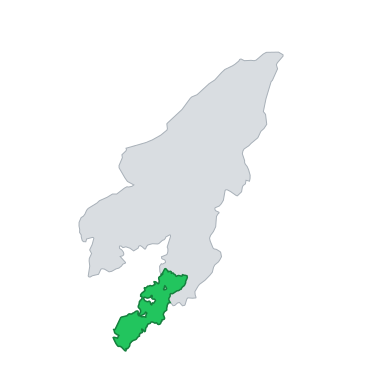 Batken highlighted on a map of Kyrgyzstan, rotated 315°
{"feature_id": "KGZ-1119", "entity_name": "Batken", "entity_type": "Region", "adm_level": 1, "iso_a3": "KGZ", "parent_name": "Kyrgyzstan", "parent_adm1": "", "projection": "equal_earth", "projection_center": [71.05, 39.853], "detail": "fine", "context": "in_parent", "style": "filled", "palette": "green", "viewbox_px": 384, "rotation_deg": 315, "n_neighbors": 0, "source": "natural_earth", "source_scale": "10m", "svg_char_len": 8670}
<svg xmlns="http://www.w3.org/2000/svg" viewBox="0 0 384 384"><g transform="rotate(315 192 192)"><path d="M82.0,229.4L83.0,228.8L86.0,228.1L92.2,227.5L94.4,228.0L98.6,230.5L101.9,230.2L102.5,230.6L103.7,232.7L108.2,229.6L111.5,228.6L113.1,225.4L116.6,221.6L119.6,221.0L119.7,221.6L120.3,222.2L123.3,223.1L124.3,222.1L124.7,220.7L123.7,218.5L123.6,217.6L124.6,216.2L129.5,218.3L130.6,218.3L132.8,217.1L134.8,215.1L135.5,213.4L145.5,208.2L146.2,207.2L146.0,206.6L141.8,205.3L140.0,206.0L138.2,206.0L137.1,205.3L132.1,205.0L130.9,204.4L127.5,200.6L123.4,198.3L121.3,198.4L118.9,199.4L118.2,198.9L118.0,195.4L117.5,193.2L116.0,192.7L114.2,193.6L109.1,192.4L108.4,187.9L106.5,184.0L103.8,182.5L103.7,180.1L102.7,179.1L101.9,179.4L100.9,180.6L101.4,183.2L101.0,185.8L100.4,187.1L99.3,188.1L97.9,188.1L95.6,186.8L95.2,194.7L94.8,195.2L92.0,194.1L89.8,194.5L86.5,194.1L84.0,192.7L79.1,191.3L76.9,189.8L75.5,184.5L74.1,182.6L72.9,182.2L67.7,184.1L62.4,180.8L59.8,180.1L59.1,179.2L59.2,178.0L67.3,172.1L70.5,168.0L72.5,166.3L77.5,164.5L78.6,160.8L79.1,160.4L84.2,158.6L89.9,155.3L90.0,154.4L89.5,153.7L84.3,150.7L81.7,152.1L80.1,150.3L80.1,148.6L81.9,145.5L83.3,144.0L83.9,141.1L86.0,139.2L88.1,136.1L90.7,133.6L95.5,131.7L98.2,132.3L100.7,131.9L104.6,130.4L107.0,130.2L117.0,132.6L120.4,132.7L128.2,135.7L134.3,137.2L137.3,140.2L147.1,141.5L149.7,142.3L150.7,143.7L153.5,145.5L155.9,145.9L153.8,138.9L154.5,134.8L157.5,123.4L159.1,121.7L167.0,118.5L168.8,116.1L174.5,116.2L175.6,115.7L176.3,114.4L194.1,124.3L200.8,127.1L210.1,129.7L218.0,130.5L219.3,129.9L222.4,126.0L223.8,125.9L243.3,126.6L257.1,124.5L259.1,124.6L264.4,126.8L280.8,127.5L287.3,128.9L297.6,128.4L301.9,128.6L309.8,131.4L312.5,132.0L317.6,132.5L319.5,132.0L320.7,132.6L321.9,136.2L326.9,140.7L328.8,143.1L330.6,144.1L339.8,144.8L343.3,145.8L352.1,154.3L353.4,159.3L352.5,160.3L343.6,161.0L341.6,161.7L339.6,165.4L327.8,169.9L326.0,169.9L310.2,178.4L299.3,185.6L298.9,189.1L292.7,197.0L287.8,198.0L283.6,197.8L276.9,200.2L268.1,199.4L265.1,199.5L259.3,198.4L257.0,199.0L254.6,200.6L251.4,207.0L250.0,208.4L249.4,209.9L249.0,213.0L247.8,216.2L245.0,221.2L242.6,223.5L240.3,225.0L238.5,221.9L235.5,224.0L232.7,223.6L231.0,224.2L227.2,226.9L221.4,226.8L220.8,225.9L219.5,218.6L218.4,215.2L217.6,214.4L216.5,214.3L208.4,220.0L204.6,221.0L201.4,221.2L197.3,219.5L196.4,219.9L195.7,220.9L195.5,222.0L196.7,225.3L196.4,225.9L194.5,225.9L192.0,226.6L184.2,233.3L179.2,235.1L174.5,235.8L171.8,237.0L170.2,239.5L167.3,246.4L167.4,247.9L168.7,249.8L169.7,254.0L169.5,255.1L167.1,258.6L163.9,259.6L161.4,260.1L156.6,259.7L154.1,260.4L149.6,263.1L145.9,263.5L138.9,263.6L132.0,262.6L129.7,262.9L123.6,264.5L121.5,267.0L120.4,269.3L119.8,269.6L117.3,267.5L114.2,263.9L112.7,264.0L107.2,266.9L106.4,266.8L104.8,265.7L105.0,261.2L103.2,260.2L99.5,260.0L98.2,259.0L98.6,256.0L98.2,254.9L97.2,254.1L95.2,254.3L91.3,256.8L86.7,257.6L85.2,258.4L83.4,261.6L77.3,262.3L75.3,261.5L71.6,255.6L68.4,254.7L65.2,255.0L60.8,256.5L59.8,255.2L58.6,254.9L57.6,255.9L52.2,256.1L46.8,255.9L43.7,255.2L41.6,255.3L37.6,256.9L32.7,257.2L32.2,251.7L30.7,248.0L32.3,241.9L33.1,239.9L36.8,242.2L38.1,241.8L38.5,240.6L37.9,237.9L39.8,234.9L52.7,230.8L67.0,236.8L68.9,240.6L70.1,240.4L72.1,238.7L72.7,235.4L75.5,233.6L81.6,231.4L82.0,229.4ZM89.3,242.8L89.6,242.3L88.5,239.4L90.0,236.8L87.1,236.3L85.6,235.6L83.9,232.9L83.4,232.7L82.5,233.5L82.1,235.2L82.5,237.2L84.6,239.0L83.6,242.7L87.9,243.2L89.3,242.8ZM74.4,245.5L74.3,244.7L73.3,244.3L67.9,243.2L68.1,244.0L70.2,246.8L71.7,247.0L74.4,245.5ZM106.3,240.6L106.6,238.8L103.4,239.9L103.0,240.8L104.1,241.9L105.5,242.3L106.3,240.6Z" fill="#d9dde1" stroke="#a8b0b8" stroke-width="1"/><path d="M112.9,229.4L113.4,229.3L113.5,228.9L113.4,228.6L113.2,228.5L114.3,228.4L115.7,227.9L118.3,227.1L118.7,227.2L119.1,227.5L119.3,228.1L119.2,228.5L119.1,229.2L119.1,229.6L119.1,229.9L119.3,230.4L119.2,230.7L119.0,231.0L118.8,231.1L118.6,231.3L118.7,231.6L119.0,231.8L120.2,232.4L120.6,232.7L120.8,233.1L120.9,233.7L120.7,234.1L120.1,234.7L119.9,234.9L120.0,235.1L121.0,235.5L121.2,235.8L121.4,236.1L121.4,236.5L121.2,237.0L121.2,237.3L121.3,237.7L121.6,238.3L121.6,238.7L121.5,239.0L121.4,239.4L121.2,239.8L121.2,240.1L121.2,240.3L121.3,240.6L121.6,240.7L122.4,240.9L122.8,241.1L123.3,241.4L123.6,241.7L123.9,242.1L124.4,243.0L125.0,244.0L125.5,244.3L125.8,244.3L126.3,243.9L126.6,243.8L126.9,243.8L127.1,244.1L127.3,244.9L127.5,245.3L127.9,245.6L128.5,246.4L129.2,247.7L128.8,248.2L128.7,248.6L128.5,248.8L128.4,249.0L128.1,249.2L127.1,249.7L125.6,250.2L124.2,250.8L123.4,251.6L123.1,251.8L122.6,252.0L121.7,252.3L121.0,252.6L120.0,252.7L118.1,252.4L117.2,252.5L116.7,252.6L116.1,252.9L115.7,253.0L115.4,253.0L114.9,252.6L114.6,252.5L114.2,252.5L113.7,252.5L113.1,252.3L112.7,252.2L112.1,251.7L111.8,251.5L111.7,251.4L111.2,251.2L106.8,250.3L106.4,250.1L106.0,249.9L105.7,249.6L105.5,249.1L105.3,248.9L104.9,248.8L104.4,248.8L104.0,249.0L103.8,249.2L103.5,249.6L103.1,250.0L102.6,250.3L100.3,250.9L99.6,251.6L98.9,252.8L98.9,253.1L98.6,254.2L98.4,254.8L97.9,254.4L96.9,253.8L96.3,253.8L95.3,254.3L94.5,254.5L94.2,254.6L93.6,255.2L93.3,255.4L92.3,255.9L91.9,256.2L91.0,257.3L90.6,257.6L90.3,257.6L88.6,257.3L87.3,257.3L86.1,257.7L85.1,258.3L84.5,259.4L84.0,260.7L83.5,261.8L82.5,262.3L81.7,262.0L81.0,261.6L80.4,261.2L79.8,261.5L79.4,261.9L79.2,262.0L78.9,262.0L78.5,262.0L78.1,262.1L77.2,262.6L76.4,262.8L75.5,262.6L74.7,262.1L74.3,261.3L74.3,260.8L74.4,260.3L74.5,259.8L74.3,259.2L74.0,259.0L73.3,258.7L73.0,258.4L72.4,256.5L72.0,255.7L71.3,255.1L70.8,255.0L69.7,255.3L69.2,255.2L68.8,255.0L68.1,254.4L67.7,254.2L67.2,254.3L66.2,254.6L65.8,254.7L65.5,254.8L65.3,255.0L65.1,255.3L64.7,255.4L64.0,255.2L63.7,255.2L63.4,255.3L60.7,257.3L60.2,257.4L59.7,257.2L59.6,256.7L59.9,255.3L59.9,254.6L59.8,253.9L59.5,253.5L59.1,253.8L58.2,255.7L58.0,256.0L57.5,256.2L57.0,256.0L56.0,255.4L55.4,255.3L54.7,255.3L54.1,255.5L53.6,255.9L53.2,256.6L52.9,256.8L52.0,256.4L50.8,256.3L48.5,256.7L47.4,256.4L46.1,255.7L45.0,255.3L43.7,255.1L41.1,255.3L40.6,255.5L39.6,256.4L39.1,256.7L38.6,256.9L38.0,257.0L37.4,257.0L36.1,257.2L35.5,257.0L34.8,256.2L34.6,256.1L34.3,256.2L34.2,256.5L34.1,256.8L33.9,257.1L32.8,257.5L32.3,256.6L32.5,252.0L32.4,251.2L32.2,250.6L31.8,250.0L31.3,249.6L30.8,249.1L30.6,248.4L30.8,246.8L31.1,245.3L32.5,241.2L33.1,239.9L33.2,239.5L33.2,239.3L33.3,239.2L33.7,239.3L34.6,240.2L36.0,242.7L38.9,241.7L38.8,241.2L38.1,239.9L38.2,239.6L38.2,239.4L38.1,239.1L38.0,238.9L37.7,237.7L37.9,236.7L38.4,235.8L39.0,234.9L39.1,234.6L39.3,234.0L39.4,233.8L39.6,233.9L39.9,234.5L40.1,234.7L40.6,234.7L41.1,234.6L52.8,230.4L53.8,230.6L58.0,233.3L58.6,233.5L60.1,233.5L60.8,233.5L61.4,233.8L61.9,234.3L62.2,234.8L62.7,235.4L63.2,235.7L64.3,235.8L65.4,236.3L67.8,236.6L68.5,236.9L69.2,237.4L69.5,238.0L69.1,238.9L68.6,239.2L68.1,239.5L67.6,239.8L67.2,240.4L67.0,241.1L66.9,241.8L67.1,242.3L67.7,242.5L68.0,242.2L68.3,241.3L68.5,241.0L68.8,240.8L70.1,240.8L70.7,240.5L71.3,240.1L71.8,239.6L72.2,238.9L72.5,237.6L72.4,236.4L72.6,235.4L73.4,234.6L75.2,234.0L75.6,233.7L76.8,232.7L77.0,232.5L77.1,232.4L77.3,232.4L77.5,232.5L78.1,232.3L78.3,232.1L78.7,232.0L80.2,232.3L81.1,232.0L82.1,231.3L82.6,230.3L82.0,229.4L83.1,228.3L84.8,228.0L88.2,228.5L89.2,228.4L89.6,227.8L89.9,226.9L90.3,226.2L90.7,226.1L91.0,226.3L91.3,226.7L91.6,227.1L92.0,227.3L92.5,227.3L93.4,227.2L94.0,227.2L95.0,228.1L96.3,228.5L96.6,229.0L96.8,229.6L97.3,230.1L98.0,230.5L98.6,230.7L100.0,231.0L100.8,231.0L101.0,230.5L101.1,229.8L101.3,229.1L101.8,228.6L102.3,229.1L102.8,229.9L103.0,230.7L103.0,232.3L103.1,232.9L103.7,233.2L104.1,233.1L105.7,232.1L106.2,231.7L106.5,231.1L107.0,229.9L108.0,229.0L109.0,228.9L110.2,229.2L111.4,229.3L111.7,229.2L111.9,229.2L112.1,229.2L112.5,229.4L112.9,229.4ZM88.5,237.0L88.2,237.0L88.1,236.9L86.4,236.1L85.6,235.6L85.1,235.0L84.7,233.9L84.2,233.0L83.5,232.5L82.6,233.0L82.0,234.3L81.9,234.9L81.8,235.6L82.0,236.2L82.7,237.8L83.1,238.3L83.5,238.5L84.2,238.7L84.6,239.0L84.7,240.1L83.5,242.1L83.5,243.1L83.9,243.3L84.3,243.0L84.7,242.6L85.0,242.4L85.6,242.4L85.7,242.8L85.8,243.2L86.2,243.5L86.6,243.5L88.0,243.2L89.0,243.1L89.4,243.0L89.7,242.5L89.8,241.3L88.5,239.9L88.4,238.9L88.9,238.4L90.3,237.5L90.5,236.8L90.2,236.5L89.9,236.4L89.1,236.6L88.9,236.7L88.6,237.0L88.5,237.0ZM68.4,243.3L67.9,243.2L67.9,243.8L68.1,244.5L68.5,245.1L69.5,245.8L69.8,246.2L70.7,247.6L70.8,247.8L72.4,246.5L73.2,246.1L74.2,245.9L74.5,245.6L74.5,244.9L74.3,244.2L73.9,244.1L73.0,244.5L72.0,244.5L68.4,243.3ZM105.2,242.5L105.7,242.4L106.0,242.0L106.6,239.5L106.5,239.1L105.8,239.3L104.7,240.1L104.2,240.4L103.4,240.4L102.9,241.0L103.2,241.6L103.9,242.0L104.4,242.3L105.2,242.5Z" fill="#22c55e" stroke="#15803d" stroke-width="1.5"/></g></svg>